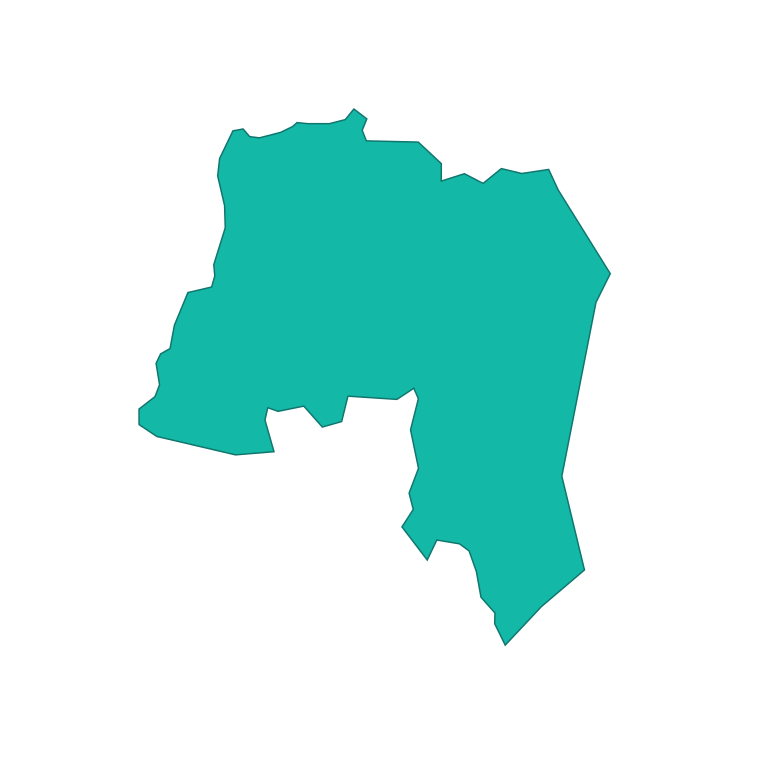 the district of Pakhtachi, Samarkand, Uzbekistan, rotated 255°
{"feature_id": "79887680B26985573212547", "entity_name": "Pakhtachi", "entity_type": "district", "adm_level": 2, "iso_a3": "UZB", "parent_name": "Uzbekistan", "parent_adm1": "Samarkand", "projection": "mercator", "projection_center": [65.552, 39.873], "detail": "fine", "context": "isolated", "style": "filled", "palette": "teal", "viewbox_px": 768, "rotation_deg": 255, "n_neighbors": 0, "source": "geoboundaries", "source_scale": "gbopen_adm2", "svg_char_len": 1035}
<svg xmlns="http://www.w3.org/2000/svg" viewBox="0 0 768 768"><g transform="rotate(255 384 384)"><path d="M657.4,426.1L649.4,415.0L649.6,398.6L655.2,377.7L659.0,367.7L656.3,362.2L653.8,349.3L654.0,327.4L657.7,318.3L666.8,313.9L667.6,303.6L644.4,283.6L628.0,277.2L597.6,276.2L576.0,271.1L543.4,250.5L532.1,248.5L522.3,242.6L523.1,218.3L495.1,196.8L473.6,186.5L470.9,176.0L462.9,169.2L441.3,167.0L431.1,159.6L423.2,140.9L408.2,136.9L392.1,151.0L354.0,222.2L347.1,260.2L380.0,259.7L391.2,265.6L385.0,274.6L383.4,300.8L358.4,313.3L358.7,333.4L381.6,346.0L365.8,392.5L372.2,411.7L360.9,413.4L332.9,397.8L293.6,395.5L272.1,380.0L255.3,379.8L241.3,364.4L202.8,380.2L219.6,394.6L210.1,415.5L200.7,423.0L179.1,424.7L152.9,422.5L134.1,431.9L123.8,428.9L100.4,433.5L128.3,478.5L152.5,529.5L248.9,531.9L408.0,609.9L432.0,631.1L526.2,602.5L548.6,598.6L551.7,571.5L561.7,553.1L552.1,531.6L566.3,516.1L565.2,491.8L582.0,496.4L608.8,479.7L623.4,429.9L634.7,428.6L644.5,436.0L657.4,426.1Z" fill="#14b8a6" stroke="#0f766e" stroke-width="1.5"/></g></svg>